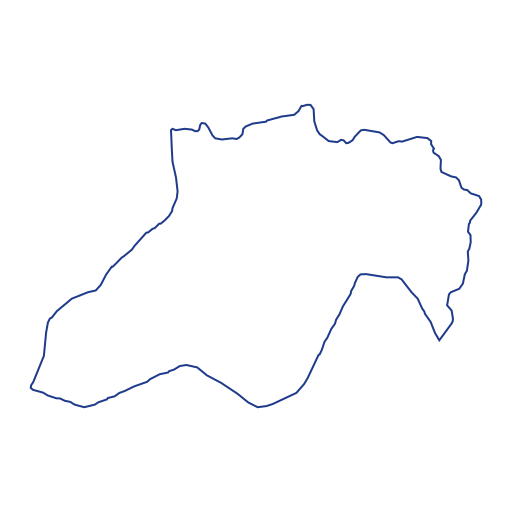 La Unión, Zacapa, Guatemala (Equal Earth projection)
{"feature_id": "79465075B65794247030645", "entity_name": "La Unión", "entity_type": "district", "adm_level": 2, "iso_a3": "GTM", "parent_name": "Guatemala", "parent_adm1": "Zacapa", "projection": "equal_earth", "projection_center": [-89.266, 14.957], "detail": "fine", "context": "isolated", "style": "outline", "palette": "blue", "viewbox_px": 512, "rotation_deg": 0, "n_neighbors": 0, "source": "geoboundaries", "source_scale": "gbopen_adm2", "svg_char_len": 2599}
<svg xmlns="http://www.w3.org/2000/svg" viewBox="0 0 512 512"><path d="M439.3,340.3L450.9,324.5L451.6,323.6L452.8,320.9L452.9,318.3L451.6,310.5L447.1,305.3L449.0,294.3L450.9,292.2L459.2,288.8L462.9,283.6L464.8,274.3L466.9,270.7L468.4,260.6L467.8,251.6L469.4,248.5L470.7,242.2L470.5,235.1L468.0,231.7L468.9,224.0L470.0,222.6L470.1,220.7L476.4,212.7L480.2,206.2L481.1,205.0L481.3,202.5L481.1,199.2L480.3,198.4L479.7,197.0L478.9,196.0L470.8,193.4L467.3,190.1L463.9,189.5L461.5,187.8L458.9,180.2L456.0,177.4L451.1,176.4L441.5,172.0L440.5,168.9L440.9,159.9L438.8,156.2L435.9,154.2L434.9,153.6L433.6,152.6L433.2,151.3L433.1,150.0L434.0,148.6L433.1,147.4L431.1,144.2L431.2,141.0L427.4,138.1L417.1,136.9L402.1,141.6L398.7,141.2L392.5,143.2L390.5,142.5L383.8,135.1L379.5,132.4L364.3,129.8L360.8,130.4L354.7,136.8L352.6,140.2L348.7,142.8L346.2,143.2L343.7,140.4L341.2,139.8L337.3,142.1L328.8,141.1L323.0,136.6L319.7,134.2L317.1,130.3L314.3,121.4L313.6,109.1L310.5,104.9L307.0,104.8L302.8,106.1L301.5,105.9L298.5,111.1L294.2,114.8L281.7,116.5L267.1,120.5L266.0,121.7L252.6,123.6L245.7,126.5L243.3,128.8L242.4,134.3L239.2,137.6L236.6,139.0L232.2,138.3L221.9,139.5L215.2,138.3L212.5,135.4L208.3,127.5L205.3,123.6L201.9,123.0L200.8,124.0L200.1,125.3L199.2,129.6L197.6,131.1L195.1,131.2L192.0,129.6L184.6,128.8L175.9,130.2L172.5,128.8L171.0,130.1L171.8,149.0L172.5,161.7L176.0,177.5L177.6,191.5L176.7,198.5L172.5,208.2L172.1,211.0L169.0,216.0L164.7,220.4L160.7,223.7L159.2,223.7L154.7,228.1L152.4,228.9L148.2,232.4L146.3,232.7L134.6,245.8L131.9,249.6L123.9,256.2L121.6,257.7L115.7,263.8L112.6,266.8L111.7,266.7L106.0,274.8L101.4,283.7L100.3,285.5L95.7,290.5L88.0,292.2L71.7,298.7L68.3,301.6L57.0,311.0L51.7,317.7L49.9,318.5L47.9,322.6L46.1,332.6L43.9,355.8L33.2,382.2L31.2,385.1L30.7,387.8L32.9,389.8L43.0,392.6L47.8,395.5L56.4,398.3L59.9,398.4L64.9,400.8L70.3,401.9L74.5,404.6L84.3,407.2L94.9,404.6L98.3,402.3L106.9,399.4L107.9,398.0L114.7,396.3L119.4,392.9L124.5,391.1L133.1,386.9L134.7,386.2L147.2,381.8L150.0,379.2L159.8,374.2L168.1,372.5L169.2,371.1L173.8,369.7L179.9,366.0L186.3,365.0L197.2,367.4L207.0,375.4L221.0,382.8L237.6,393.8L248.3,402.5L257.6,407.2L266.4,406.1L272.7,404.0L296.4,392.9L304.2,383.9L307.7,378.0L318.6,354.8L319.6,354.5L321.9,349.7L324.5,341.8L327.2,338.0L331.3,328.9L335.0,323.7L336.1,319.7L339.4,314.5L342.9,306.4L350.6,294.0L351.2,290.9L354.2,285.8L354.8,283.3L357.7,276.9L360.5,274.4L366.0,274.1L386.2,277.3L398.0,277.3L401.6,279.4L411.5,292.2L417.7,298.7L422.1,308.4L424.3,311.5L425.0,313.9L430.7,322.0L435.0,333.0L439.3,340.3Z" fill="none" stroke="#1e3a8a" stroke-width="2"/></svg>